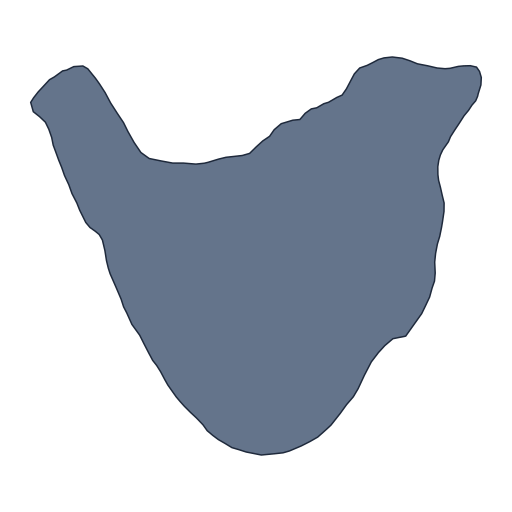 outline of Addoo, Maldives
{"feature_id": "70690204B51409682910063", "entity_name": "Addoo", "entity_type": "district", "adm_level": 2, "iso_a3": "MDV", "parent_name": "Maldives", "parent_adm1": "", "projection": "robinson", "projection_center": [73.16, -0.641], "detail": "fine", "context": "isolated", "style": "filled", "palette": "slate", "viewbox_px": 512, "rotation_deg": 0, "n_neighbors": 0, "source": "geoboundaries", "source_scale": "gbopen_adm2", "svg_char_len": 2159}
<svg xmlns="http://www.w3.org/2000/svg" viewBox="0 0 512 512"><path d="M261.3,455.0L274.9,453.7L283.1,452.8L289.3,451.0L301.1,446.0L309.8,441.6L317.7,437.1L324.7,430.9L330.9,425.2L340.3,413.3L346.5,404.7L353.3,396.8L358.1,388.7L364.4,375.2L371.3,361.9L378.4,352.6L384.8,345.6L392.9,338.7L405.7,336.1L421.7,313.6L425.3,306.2L429.6,297.1L432.1,288.0L434.5,281.1L435.2,273.0L434.7,262.1L435.6,253.4L437.4,244.0L439.7,236.4L441.5,227.6L442.5,221.7L444.0,211.4L444.1,203.0L442.2,195.2L440.4,187.2L438.6,180.4L437.9,174.6L437.8,166.7L438.8,160.2L440.4,154.9L442.8,149.8L448.4,141.8L450.5,136.7L454.7,130.1L459.1,123.5L464.1,115.7L468.5,110.4L471.9,105.2L475.7,100.8L477.6,96.3L478.2,93.7L480.9,85.0L481.3,77.5L479.5,71.4L476.5,67.1L470.3,65.7L463.5,65.9L458.3,66.4L450.1,68.3L445.1,68.7L437.1,68.0L427.7,65.8L417.4,63.8L410.0,60.8L402.2,58.2L392.3,57.0L384.0,57.9L378.3,59.6L372.7,62.6L367.1,65.4L359.7,68.0L354.4,73.8L351.2,79.8L346.4,88.9L342.1,95.1L336.7,97.5L328.5,102.3L323.8,103.7L316.7,107.8L311.3,108.9L305.2,113.3L299.9,119.5L292.8,120.2L281.2,123.7L274.2,129.7L269.6,136.3L262.8,140.9L256.1,147.0L249.6,153.4L242.3,155.5L234.3,156.4L226.0,157.3L218.6,159.1L208.1,162.3L204.4,163.2L195.9,164.1L183.7,163.1L172.8,163.1L160.9,160.9L149.2,158.5L140.9,152.5L134.1,142.5L127.9,131.5L123.5,122.6L117.6,113.8L110.7,103.1L105.1,92.6L99.4,83.8L95.4,78.2L92.3,74.4L87.8,68.8L82.9,66.0L73.8,66.6L66.6,70.1L62.6,70.9L54.4,76.9L49.5,79.7L44.7,84.9L38.2,91.9L33.6,97.8L30.7,102.4L33.3,111.7L39.5,116.6L45.4,122.2L48.8,129.2L51.7,137.5L53.2,145.1L55.8,152.1L58.7,160.1L61.6,167.2L64.5,175.5L68.8,184.7L72.0,193.6L76.9,203.1L79.7,210.2L85.8,222.5L90.0,227.5L95.2,231.2L99.2,234.5L102.4,240.0L104.9,250.5L106.5,260.7L108.3,268.1L110.1,273.7L116.1,287.4L121.1,299.1L123.6,306.8L126.8,313.0L129.4,318.8L131.9,324.4L134.5,328.0L139.7,335.2L143.9,343.6L148.8,353.1L152.7,360.4L156.7,365.5L160.6,371.7L165.0,380.0L167.9,385.1L172.9,392.2L176.3,397.0L180.2,401.6L184.5,406.4L190.6,412.5L196.4,417.9L203.0,424.8L207.2,430.7L212.8,435.4L218.4,439.6L225.0,443.4L231.9,447.6L238.7,449.6L246.2,452.0L253.3,453.4L261.3,455.0Z" fill="#64748b" stroke="#1e293b" stroke-width="1.5"/></svg>